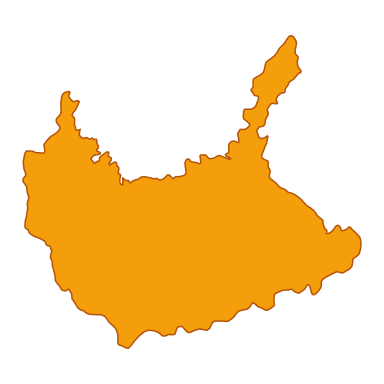 outline of Lago De Atitlan, Sololá, Guatemala, rotated 180°
{"feature_id": "79465075B18487207511943", "entity_name": "Lago De Atitlan", "entity_type": "district", "adm_level": 2, "iso_a3": "GTM", "parent_name": "Guatemala", "parent_adm1": "Sololá", "projection": "robinson", "projection_center": [-91.2, 14.679], "detail": "fine", "context": "isolated", "style": "filled", "palette": "amber", "viewbox_px": 384, "rotation_deg": 180, "n_neighbors": 0, "source": "geoboundaries", "source_scale": "gbopen_adm2", "svg_char_len": 5964}
<svg xmlns="http://www.w3.org/2000/svg" viewBox="0 0 384 384"><g transform="rotate(180 192 192)"><path d="M262.7,38.4L257.2,35.8L255.7,35.8L252.2,39.3L249.9,42.6L244.3,48.7L239.2,52.6L235.8,53.7L232.6,53.6L228.8,52.9L224.9,51.0L221.8,48.3L220.4,48.0L218.3,48.1L215.2,49.6L212.7,49.3L209.8,49.5L209.0,50.1L207.1,55.6L206.4,56.5L205.0,57.3L202.8,57.6L201.4,57.1L197.9,53.1L196.3,51.7L195.0,51.5L193.8,51.6L189.7,53.6L185.2,54.9L182.7,54.9L177.7,53.7L176.5,54.0L174.2,55.8L172.0,60.8L170.8,62.0L169.2,62.9L162.2,63.0L156.7,62.6L155.2,63.1L150.7,66.5L146.7,71.6L144.8,73.1L137.0,74.8L135.6,75.7L133.9,77.5L131.4,81.3L129.2,80.3L126.2,77.4L122.8,76.2L118.4,73.8L116.9,73.7L113.8,75.3L110.1,78.1L109.6,79.5L110.2,83.2L109.6,89.4L108.3,90.7L100.9,93.8L94.7,94.1L93.4,94.8L92.3,94.7L88.9,92.0L85.8,90.9L84.6,91.1L80.0,94.3L79.0,95.3L77.0,98.8L75.6,99.2L74.4,98.2L72.2,90.5L70.9,89.3L69.3,89.5L67.4,91.0L65.5,93.0L63.5,95.8L62.9,97.4L62.7,99.0L62.8,102.3L61.4,104.4L60.1,105.5L56.5,107.8L47.8,112.1L46.2,112.1L42.3,111.1L40.8,111.3L34.3,115.1L32.4,117.4L31.8,118.9L30.8,125.4L27.3,127.7L25.2,129.6L24.1,132.4L23.2,136.9L23.0,141.6L23.8,145.6L24.2,146.6L25.3,148.0L29.2,152.2L32.2,154.8L33.9,157.0L35.4,156.8L36.7,155.2L37.9,154.5L41.0,153.3L42.1,153.4L42.9,154.1L43.9,157.2L45.4,158.4L46.8,158.6L48.3,157.6L51.1,153.7L53.8,151.3L56.4,150.3L57.6,150.8L57.1,153.5L59.3,155.7L59.8,156.7L60.8,160.1L61.2,163.7L66.5,168.2L69.6,172.7L70.8,173.9L73.9,176.4L76.1,177.6L77.5,178.6L83.4,185.1L88.3,188.8L91.1,190.4L95.7,191.6L98.1,193.9L99.6,194.9L103.1,196.1L104.0,196.7L106.1,198.5L107.6,200.6L113.7,205.5L114.6,206.7L114.7,208.8L113.9,212.0L113.9,213.9L115.7,216.8L116.0,218.7L115.7,221.9L116.6,223.2L120.4,224.9L122.0,226.3L122.4,228.3L118.7,238.1L117.4,240.7L116.6,245.3L116.1,246.8L116.6,248.1L119.5,246.2L121.0,245.6L122.7,245.5L124.5,246.1L125.7,248.1L126.1,249.8L127.1,251.8L127.3,253.5L124.9,256.8L123.7,257.4L121.5,257.6L119.9,258.5L118.9,260.9L118.5,264.3L115.8,269.6L115.9,271.5L116.6,273.2L116.6,274.5L116.1,275.9L114.2,278.7L113.3,279.8L111.9,280.7L107.5,280.2L106.5,280.8L106.8,282.1L107.8,283.4L107.8,284.8L107.0,286.9L105.8,288.4L103.4,290.4L102.1,291.1L100.5,291.1L99.2,291.8L98.7,294.9L97.6,296.8L96.3,298.4L94.6,302.2L90.8,304.5L85.0,311.1L83.5,311.1L83.0,313.3L85.1,315.9L86.0,317.7L86.5,319.9L86.8,321.9L85.8,326.2L86.2,327.5L88.3,329.8L88.8,331.0L88.8,334.1L87.5,340.6L87.8,342.5L89.9,346.3L91.0,347.5L92.0,348.1L93.3,348.2L94.7,347.7L96.6,345.5L99.7,340.7L104.9,335.3L107.0,331.4L109.1,328.7L112.0,326.2L117.3,322.4L118.3,321.0L120.0,313.3L121.3,310.9L124.8,308.3L128.7,306.3L130.2,305.1L130.9,304.0L130.9,297.8L131.3,296.5L133.0,294.1L132.1,292.3L131.1,291.3L129.6,288.6L126.3,287.9L125.4,286.8L125.7,284.8L128.0,278.4L129.5,276.7L132.4,274.8L139.5,274.7L140.3,273.0L140.8,266.6L140.0,264.8L136.7,262.4L134.3,259.7L134.7,257.9L137.7,255.3L139.1,254.6L143.8,254.6L145.8,251.6L146.4,250.0L145.2,244.5L145.1,243.3L145.6,241.6L146.6,241.6L149.3,242.8L150.8,243.0L152.9,242.3L154.8,240.4L155.3,239.2L155.1,232.4L156.0,231.0L157.6,230.4L158.6,229.3L158.0,228.0L154.5,226.4L153.3,225.4L153.9,224.5L160.6,226.9L163.9,228.4L165.8,228.3L169.7,226.1L171.6,225.5L174.0,225.4L175.5,225.7L177.9,228.7L179.5,229.1L183.4,229.0L184.0,228.0L183.3,222.5L183.5,220.9L184.3,220.2L188.3,221.6L192.3,222.0L193.6,223.1L194.5,224.5L196.4,225.1L197.8,224.2L199.1,221.1L197.9,210.9L199.2,209.1L200.8,208.3L204.5,207.4L208.5,207.3L210.8,205.2L211.8,205.9L214.0,208.4L214.8,209.0L215.9,209.2L217.0,208.6L219.6,205.9L221.9,204.5L223.5,204.1L224.6,204.1L226.0,205.0L227.6,205.6L230.5,205.2L233.4,206.2L234.9,206.3L236.3,206.8L238.4,207.2L241.3,207.2L242.9,206.9L246.0,204.7L248.6,204.2L251.2,203.0L253.7,201.0L255.6,203.5L258.5,203.7L259.5,204.2L260.2,205.4L261.3,205.9L261.2,199.7L262.4,199.1L263.2,199.8L263.9,201.0L264.2,202.7L264.2,204.5L263.4,209.1L264.2,209.9L265.7,210.3L265.1,216.0L265.6,217.1L266.8,217.8L267.4,219.4L267.4,220.9L268.4,221.9L269.8,221.8L273.6,219.4L274.5,219.1L275.0,220.3L272.9,223.7L272.6,224.7L272.7,226.0L275.7,227.7L275.2,231.7L276.6,232.1L277.8,231.7L283.3,227.6L284.3,226.4L284.7,223.8L285.6,222.6L286.7,222.6L287.8,222.1L288.5,221.1L289.5,220.7L292.5,224.2L292.9,225.5L291.1,227.8L289.8,228.7L284.2,229.9L283.7,231.4L287.4,233.1L287.3,234.7L286.2,235.2L285.7,236.9L285.7,238.2L287.1,240.5L287.1,243.5L287.6,244.7L289.7,244.4L292.2,246.0L293.1,245.3L294.7,244.8L296.5,246.2L297.9,246.4L300.7,245.4L303.0,247.0L304.2,248.2L304.6,249.2L304.6,250.9L303.9,254.5L306.8,253.8L308.4,254.4L308.5,257.2L309.5,258.3L309.4,264.6L309.7,266.3L311.1,267.2L311.9,268.7L311.3,270.7L308.0,275.0L304.8,282.1L305.7,283.3L307.5,283.1L310.3,282.3L311.4,282.8L313.5,284.9L314.9,286.8L315.3,288.0L314.9,289.6L314.0,290.9L314.6,292.4L316.2,292.4L318.3,291.9L320.8,290.4L322.3,287.4L323.2,280.4L322.8,273.9L323.0,271.7L324.0,269.1L326.7,266.2L327.8,264.5L327.7,262.3L327.1,261.1L324.2,257.3L324.2,255.3L326.0,252.5L328.9,250.2L333.3,247.5L336.5,244.2L339.7,240.0L340.0,238.4L339.1,232.5L339.5,231.3L340.9,230.9L348.1,231.4L349.7,231.9L351.0,232.7L356.4,233.1L357.8,232.7L358.6,231.6L359.3,229.8L360.8,222.1L360.0,214.8L358.8,211.9L358.3,209.5L358.6,207.9L360.7,205.7L361.0,203.7L360.8,202.1L358.8,199.6L357.3,197.2L356.8,191.8L355.3,187.2L355.4,185.3L356.4,182.4L356.7,180.0L356.3,176.0L357.8,166.3L358.7,163.2L359.1,157.6L358.5,155.8L356.0,154.3L354.9,151.4L353.0,149.7L350.5,148.0L344.0,145.5L339.0,142.7L337.6,139.1L336.2,138.3L334.3,138.0L333.5,136.8L333.2,134.9L332.1,133.7L333.4,128.7L333.6,126.7L333.3,125.5L332.2,123.8L331.9,122.8L331.6,118.6L329.0,108.5L328.6,103.7L328.0,102.3L323.6,96.6L323.0,94.9L321.9,93.9L319.1,93.1L317.5,93.5L316.7,94.3L315.2,94.8L312.3,89.9L312.0,85.3L310.3,83.0L306.6,76.9L305.0,75.1L303.3,74.1L300.5,73.2L297.6,70.9L294.8,69.8L290.8,69.4L282.9,69.3L280.1,68.1L278.4,67.0L275.1,61.9L268.8,56.1L267.7,54.2L266.3,49.9L266.0,47.9L266.2,41.9L266.0,40.3L265.2,39.3L263.8,38.6L262.7,38.4Z" fill="#f59e0b" stroke="#b45309" stroke-width="1.5"/></g></svg>